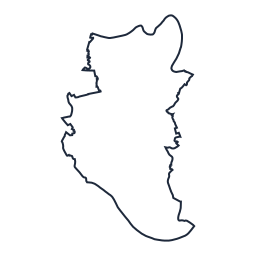 outline of Kien Xuong, Thái Bình, Vietnam
{"feature_id": "81297802B82663613485319", "entity_name": "Kien Xuong", "entity_type": "district", "adm_level": 2, "iso_a3": "VNM", "parent_name": "Vietnam", "parent_adm1": "Thái Bình", "projection": "mercator", "projection_center": [106.429, 20.397], "detail": "fine", "context": "isolated", "style": "outline", "palette": "slate", "viewbox_px": 256, "rotation_deg": 0, "n_neighbors": 0, "source": "geoboundaries", "source_scale": "gbopen_adm2", "svg_char_len": 5638}
<svg xmlns="http://www.w3.org/2000/svg" viewBox="0 0 256 256"><path d="M92.5,33.5L92.1,34.5L91.2,34.2L90.7,35.5L90.2,37.6L90.9,37.8L93.1,37.8L93.1,38.5L89.9,42.1L89.3,42.0L87.1,49.7L87.2,49.9L88.3,50.2L88.4,50.3L88.4,50.5L87.7,51.0L88.8,51.5L88.3,53.3L88.3,53.5L88.8,54.0L88.7,54.6L88.6,55.1L88.4,55.3L87.5,55.5L87.4,57.4L88.3,57.3L89.2,57.0L90.0,57.6L89.9,57.9L89.5,58.3L88.0,59.6L87.8,59.8L87.8,60.2L87.9,60.4L89.2,61.0L89.5,61.2L89.6,61.5L89.5,61.9L88.6,62.6L88.2,63.0L88.1,63.5L88.1,64.0L88.3,64.4L89.0,64.7L89.6,65.2L90.2,66.0L90.3,66.3L90.3,67.4L90.0,67.9L89.6,68.3L88.9,68.7L88.3,68.9L87.8,68.9L87.5,68.8L85.7,67.7L85.3,67.6L84.7,67.6L83.8,68.7L82.9,69.5L82.6,70.1L86.2,70.4L89.2,70.5L94.2,70.6L95.3,76.2L96.5,76.3L97.1,77.1L97.6,78.0L97.8,78.5L97.7,79.2L96.8,79.0L96.9,80.3L96.9,80.8L96.7,82.1L96.4,83.1L96.6,83.4L96.6,83.7L96.5,86.4L97.0,86.2L97.2,86.9L97.6,86.9L97.7,87.0L98.5,89.1L99.0,90.5L100.3,90.6L100.5,91.1L100.6,91.5L99.7,91.8L88.3,94.0L88.3,94.3L87.8,94.4L86.7,94.8L79.5,96.5L78.2,97.1L77.7,97.2L76.4,97.4L75.4,97.4L74.0,94.9L71.5,96.1L69.4,93.0L68.3,93.7L68.2,94.4L67.6,95.4L67.4,95.9L67.6,97.6L68.2,99.6L68.5,101.6L68.8,102.4L69.2,103.2L71.2,105.6L71.6,106.3L72.1,107.5L72.2,108.2L72.2,109.6L72.1,111.0L71.7,112.9L71.1,115.1L70.7,115.7L70.0,116.5L68.1,116.7L67.4,116.9L63.9,117.6L63.1,117.9L62.0,118.1L62.5,118.9L65.5,122.6L67.8,125.2L70.3,124.0L72.7,127.3L71.9,129.0L73.8,129.7L73.5,130.8L74.6,131.3L74.7,132.1L74.4,132.3L74.4,132.8L74.4,133.0L74.1,133.2L72.3,133.6L72.2,135.1L70.0,135.3L66.1,132.2L65.6,133.4L64.8,135.0L64.7,136.2L64.0,137.1L62.0,140.8L61.8,141.6L62.3,142.2L62.5,142.6L63.0,144.6L63.1,145.1L63.2,146.9L63.1,147.6L63.1,148.1L63.5,149.3L64.3,151.0L65.8,153.7L66.6,155.1L67.1,155.7L67.5,155.7L68.9,154.9L69.4,155.6L70.1,155.4L71.8,156.0L72.1,156.1L72.2,156.3L72.7,158.0L73.1,158.6L73.4,158.9L74.1,159.1L74.8,159.1L75.2,161.3L75.1,163.2L74.6,165.7L74.6,166.3L74.8,167.0L75.1,167.4L76.3,168.8L77.4,170.0L79.6,172.4L82.5,176.2L82.9,176.6L83.7,177.2L84.1,177.4L85.4,177.6L85.9,178.0L86.1,178.5L86.3,181.0L87.1,182.3L88.8,182.4L91.7,182.7L94.5,183.7L95.4,184.2L98.4,186.2L100.1,187.6L103.4,189.9L105.6,191.7L106.6,192.4L109.2,194.4L110.2,195.0L111.5,196.1L112.4,197.1L114.0,199.6L115.9,203.3L117.8,207.3L120.2,210.5L125.2,216.8L128.4,220.6L130.5,223.6L133.1,226.8L136.8,230.0L141.8,233.7L143.3,234.5L145.8,235.9L147.6,236.6L151.9,238.1L154.5,239.2L157.3,239.7L162.0,240.4L164.5,240.6L168.8,240.6L172.0,240.1L173.9,239.6L177.0,238.8L179.3,238.0L185.1,235.7L186.1,235.1L187.0,234.5L188.4,233.3L190.8,230.5L194.2,226.1L193.1,224.9L189.8,222.5L187.0,220.8L185.8,220.5L184.5,220.9L184.1,220.8L183.2,220.5L181.8,220.3L179.4,220.6L178.8,220.3L178.5,219.9L178.3,219.5L178.2,218.6L178.2,217.7L178.4,216.3L178.8,214.7L179.8,211.8L180.6,208.5L180.7,207.7L180.8,205.4L180.9,201.6L180.2,201.6L173.3,197.9L172.8,195.1L172.3,194.1L170.9,191.2L170.9,190.9L170.2,189.2L169.2,186.2L168.0,182.9L167.8,181.7L167.9,180.3L168.2,179.1L169.1,176.9L169.2,176.2L169.2,175.7L169.0,174.4L169.1,173.5L169.2,173.3L169.5,172.8L171.3,170.9L172.5,169.9L172.2,169.5L172.0,169.3L170.8,169.0L170.2,168.9L170.1,167.2L170.3,166.8L169.8,166.7L169.9,166.2L170.4,164.9L171.3,164.8L171.2,164.0L171.3,163.0L171.6,161.9L171.8,161.4L172.0,161.1L172.3,160.1L172.5,159.0L172.5,158.3L172.4,157.5L172.0,156.8L171.7,156.5L169.5,154.8L168.6,153.5L167.8,151.7L166.4,149.4L165.4,147.3L167.4,147.7L168.2,147.6L168.8,147.4L169.4,147.3L170.1,147.4L171.7,148.3L172.1,148.4L173.1,148.5L173.9,148.4L174.8,148.1L177.5,146.5L178.6,145.5L176.4,143.5L177.7,142.0L176.9,141.4L176.2,142.2L175.3,141.5L174.5,140.7L174.9,138.7L175.1,138.1L175.3,137.9L175.9,137.5L176.4,137.3L179.5,136.7L179.9,136.6L180.3,136.7L180.0,135.7L178.8,132.8L176.2,133.6L175.3,130.2L174.9,128.4L176.9,127.7L175.2,124.1L174.8,122.5L173.7,121.2L173.5,119.9L173.0,119.3L172.4,117.8L172.3,117.4L172.4,116.8L172.8,116.1L171.9,115.3L172.7,114.6L173.0,114.1L172.7,114.2L171.5,114.1L168.5,113.2L168.4,112.6L168.2,112.4L167.2,111.9L167.0,111.7L166.5,110.9L166.5,110.4L166.8,110.1L168.1,109.5L168.5,109.2L169.5,108.2L170.1,107.7L171.7,106.8L172.8,106.3L173.1,106.2L174.0,105.1L175.0,103.3L175.5,102.6L177.4,100.8L178.2,99.5L178.3,98.9L178.0,98.3L177.1,97.1L176.9,96.5L176.9,95.8L177.1,95.4L177.2,95.2L177.6,94.9L178.1,94.6L178.3,94.4L178.4,93.8L178.3,93.4L178.1,93.0L178.2,92.9L178.5,92.8L179.0,93.1L179.6,90.8L180.2,88.8L180.4,88.8L180.7,88.4L181.3,88.0L181.9,87.5L182.8,86.5L184.6,84.2L186.1,85.2L186.7,84.8L186.9,84.3L187.0,83.1L187.0,82.5L189.1,80.1L189.3,79.6L189.3,78.5L189.7,78.0L190.8,76.9L191.4,76.4L192.0,76.1L192.9,74.6L190.6,73.6L188.2,72.4L187.3,72.1L186.2,72.0L185.6,71.2L185.0,71.4L184.1,70.4L182.7,70.9L181.9,71.1L179.7,71.4L176.9,71.9L176.3,72.0L175.1,71.8L173.8,71.4L172.7,70.8L172.0,70.0L171.5,68.9L171.4,68.4L171.5,67.5L171.7,66.8L172.0,65.8L174.0,62.4L176.4,58.6L178.9,53.4L180.2,49.2L180.6,47.9L181.0,47.0L181.4,44.7L181.8,41.6L182.0,38.7L182.0,34.9L181.8,33.5L181.2,30.7L179.6,25.4L178.4,22.3L177.5,20.6L176.6,19.3L175.5,18.0L174.0,16.7L172.6,15.7L171.6,15.4L171.1,15.4L170.3,15.4L168.8,15.7L167.0,16.8L165.9,17.6L164.7,18.9L163.6,20.6L162.2,22.1L161.7,22.8L160.5,24.2L157.6,26.8L156.8,27.4L156.0,28.2L155.4,29.4L154.6,32.0L154.3,32.7L153.8,33.4L153.1,34.2L152.7,34.4L152.3,34.5L150.5,34.6L148.3,34.3L147.2,34.0L146.0,33.1L144.5,31.8L144.0,31.3L143.6,30.7L143.4,30.3L142.5,27.3L142.2,26.8L141.5,25.9L141.1,25.6L140.6,25.6L140.1,25.6L138.7,26.0L136.5,27.0L135.6,27.6L133.1,30.1L130.9,31.8L129.3,32.9L126.9,34.3L125.4,34.9L122.1,35.7L113.5,37.5L110.1,38.0L108.9,38.0L107.7,37.8L104.4,37.1L102.4,36.6L100.9,36.3L98.1,35.3L92.5,33.5Z" fill="none" stroke="#1e293b" stroke-width="2"/></svg>